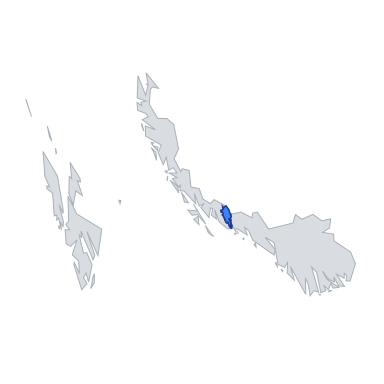 Rana nor, Nordland, Norway (highlighted), rotated 255°
{"feature_id": "86288312B15447104540063", "entity_name": "Rana nor", "entity_type": "district", "adm_level": 2, "iso_a3": "NOR", "parent_name": "Norway", "parent_adm1": "Nordland", "projection": "natural_earth1", "projection_center": [14.014, 66.44], "detail": "fine", "context": "in_parent", "style": "filled", "palette": "blue", "viewbox_px": 384, "rotation_deg": 255, "n_neighbors": 0, "source": "geoboundaries", "source_scale": "gbopen_adm2", "svg_char_len": 6636}
<svg xmlns="http://www.w3.org/2000/svg" viewBox="0 0 384 384"><g transform="rotate(255 192 192)"><path d="M228.8,183.3L214.6,186.4L217.0,188.6L213.5,194.8L197.1,192.3L193.5,199.8L182.4,200.7L176.0,206.7L178.9,211.4L169.8,221.0L160.5,223.3L159.9,234.1L151.5,243.4L155.8,245.0L155.7,249.8L136.4,256.4L135.9,281.3L143.4,286.2L137.2,290.9L139.1,303.0L130.6,309.9L130.1,319.0L121.6,315.5L119.2,307.6L114.6,317.9L108.1,316.5L92.9,329.7L80.5,331.3L65.1,321.7L66.3,317.8L71.3,319.8L74.2,318.0L69.3,316.7L75.0,310.4L61.3,314.9L63.5,309.3L73.2,306.9L68.1,306.3L72.6,301.3L81.8,297.5L72.8,299.7L61.8,309.3L62.7,303.2L67.8,302.7L62.3,298.4L67.8,295.1L62.2,295.8L61.3,290.4L82.4,291.6L88.5,288.1L62.5,288.4L65.1,284.4L61.2,279.2L72.3,280.4L79.8,279.3L63.6,275.4L94.3,267.8L80.3,268.0L89.1,262.9L99.8,266.3L95.2,262.1L99.7,256.3L121.9,258.2L129.2,251.0L114.7,257.5L109.8,254.9L129.7,238.3L140.0,236.7L144.1,233.6L136.2,234.3L145.3,225.6L142.9,223.7L155.4,221.2L146.2,222.0L147.2,216.7L156.1,210.6L169.0,209.5L159.4,208.6L164.5,204.8L170.8,207.7L171.7,205.5L162.9,201.8L174.7,196.5L177.8,200.9L176.6,195.3L189.8,193.9L179.6,192.6L194.9,184.7L196.4,180.8L202.2,182.7L199.8,180.5L210.0,176.6L209.8,181.4L216.1,174.8L214.3,182.4L220.4,180.2L219.0,175.2L232.1,176.2L225.9,171.3L238.6,169.5L245.3,174.4L258.0,161.6L267.9,164.0L261.5,172.8L274.7,162.8L276.1,169.1L279.8,167.8L285.0,160.6L292.7,162.1L288.4,165.7L292.0,165.9L291.7,171.1L297.1,163.4L318.2,169.9L297.5,172.3L306.9,177.4L318.9,178.5L300.8,186.4L303.8,180.8L301.7,178.3L287.7,173.4L271.9,178.0L269.5,186.8L262.0,191.8L237.2,190.2L228.8,183.3ZM174.5,57.1L188.4,59.7L187.1,64.1L193.4,61.8L196.0,65.4L220.1,71.1L200.6,75.0L179.4,95.2L155.0,84.7L181.0,80.3L155.8,81.7L152.2,78.9L183.1,74.6L176.7,73.6L179.6,71.9L161.1,71.3L160.7,74.6L147.5,76.6L131.9,68.8L141.0,68.7L137.4,65.1L130.6,66.8L126.2,60.2L152.4,59.1L154.4,60.1L142.4,62.2L154.7,64.6L162.3,60.1L175.6,68.5L170.9,60.7L174.5,57.1ZM204.5,52.7L226.9,57.1L232.7,52.7L235.4,53.2L233.9,55.7L244.8,53.9L269.7,58.6L242.2,66.2L208.5,63.0L204.5,61.9L214.1,60.3L196.2,60.1L192.0,58.4L197.1,57.2L189.0,56.1L201.3,56.4L199.8,54.2L204.8,55.3L204.5,52.7ZM222.2,72.6L238.9,77.5L236.1,79.3L252.2,81.9L233.9,87.3L230.6,86.8L232.7,84.2L217.0,85.2L223.1,80.0L210.1,73.9L222.2,72.6ZM172.2,192.2L179.9,190.3L157.6,196.9L168.8,191.5L169.5,186.2L175.7,183.3L172.2,192.2ZM184.2,182.1L194.6,181.7L182.4,185.8L184.2,182.1ZM194.4,179.1L209.2,173.9L201.4,179.4L194.4,179.1ZM124.8,69.3L135.8,74.4L138.3,76.6L129.6,74.1L124.8,69.3ZM165.1,186.7L167.0,191.5L158.7,190.3L165.1,186.7ZM245.5,164.0L239.8,167.4L231.7,166.0L241.0,165.3L245.5,164.0ZM246.7,166.5L244.3,170.5L240.8,169.4L246.7,166.5ZM148.2,197.3L156.2,196.2L147.5,199.4L148.2,197.3ZM324.2,55.6L306.4,56.5L324.8,55.4L324.2,55.6ZM282.6,68.6L293.1,69.3L277.3,69.8L282.6,68.6ZM263.2,161.3L269.2,160.5L271.2,161.3L263.2,161.3ZM250.5,165.5L249.4,167.6L247.7,165.8L250.5,165.5ZM219.1,171.3L219.1,173.5L216.8,172.7L219.1,171.3ZM202.9,119.2L202.2,121.1L199.4,119.5L202.9,119.2ZM269.7,71.5L264.9,71.3L264.3,70.6L269.7,71.5ZM125.0,238.3L126.5,240.1L122.1,239.7L125.0,238.3ZM209.0,170.8L212.0,171.6L213.8,172.9L209.0,170.8ZM192.1,53.9L194.2,55.1L191.0,54.6L192.1,53.9ZM101.9,255.0L96.8,255.2L102.1,254.1L101.9,255.0ZM94.5,258.0L92.5,259.6L91.7,258.8L94.5,258.0ZM146.2,199.9L143.4,201.6L146.4,198.7L146.2,199.9ZM61.3,299.2L60.6,301.7L60.4,298.4L61.3,299.2ZM140.8,224.1L139.7,222.6L141.2,222.7L140.8,224.1ZM308.0,175.3L307.6,177.1L307.3,176.8L308.0,175.3ZM142.2,225.5L139.3,225.8L142.8,225.1L142.2,225.5ZM133.7,228.8L134.0,230.2L132.6,229.8L133.7,228.8ZM60.5,288.3L59.2,289.8L59.5,288.5L60.5,288.3Z" fill="#d9dde1" stroke="#a8b0b8" stroke-width="1"/><path d="M147.5,219.9L147.7,220.0L147.4,220.1L147.5,220.2L147.6,220.3L147.6,220.6L147.4,220.6L147.2,220.6L147.1,220.8L146.9,220.9L147.0,221.0L147.4,221.0L148.4,220.8L148.5,220.8L148.7,220.7L148.8,220.7L149.1,220.7L149.3,220.6L149.5,220.5L149.9,220.5L149.4,220.7L149.4,220.8L149.5,220.8L149.8,220.9L150.1,220.9L150.4,220.9L150.5,221.0L150.2,221.0L149.6,221.1L149.1,221.1L148.9,221.1L148.1,221.2L148.0,221.3L148.1,221.6L148.2,221.8L148.6,221.8L148.8,221.9L149.2,221.9L149.7,221.8L149.8,221.7L150.2,221.7L150.4,221.6L150.5,221.5L150.6,221.4L150.7,221.2L150.8,221.3L151.1,221.2L151.2,221.3L151.4,221.3L151.1,221.4L151.0,221.5L150.9,221.5L151.0,221.8L151.5,221.8L151.9,221.7L152.1,221.7L152.3,221.7L152.5,221.5L152.6,221.4L152.5,221.2L152.4,221.2L152.7,221.2L152.7,221.3L152.9,221.2L152.8,221.3L152.9,221.2L153.1,221.3L152.7,221.3L152.8,221.4L152.7,221.4L152.8,221.4L152.7,221.4L152.8,221.5L152.6,221.5L152.4,221.6L152.6,221.7L152.8,221.5L153.0,221.5L153.2,221.4L153.3,221.5L153.8,221.4L153.8,221.5L154.0,221.5L154.1,221.4L154.2,221.2L154.4,221.1L154.6,221.1L155.0,221.0L155.3,221.0L155.7,220.9L155.9,220.8L156.1,220.7L156.3,220.6L156.7,220.7L156.8,220.7L156.7,220.7L156.7,220.8L156.8,220.8L156.7,220.8L156.7,220.7L156.4,220.7L156.5,220.7L156.5,220.8L156.4,220.8L156.3,221.0L156.1,221.0L155.9,221.2L155.5,221.3L155.4,221.4L155.2,221.5L155.0,221.4L154.9,221.5L154.7,221.6L154.8,221.7L154.8,221.8L154.8,221.7L154.8,221.8L154.8,221.7L154.9,221.8L154.7,221.8L154.4,221.9L154.2,222.0L154.1,221.9L153.8,222.0L154.0,222.3L154.4,222.5L154.7,222.5L154.9,222.5L155.3,222.5L155.7,222.4L155.8,222.4L156.1,222.4L156.6,222.4L157.0,222.5L157.4,222.7L157.5,222.8L157.6,223.3L157.8,223.5L158.1,223.5L158.5,223.6L160.3,223.8L160.2,223.3L165.4,223.0L168.1,222.0L169.8,221.3L169.3,219.9L168.7,218.7L169.5,218.2L170.3,217.8L168.4,217.6L168.2,217.6L167.9,217.6L167.7,217.6L167.4,217.6L167.2,217.5L167.1,217.4L167.2,217.1L167.0,216.9L166.9,216.7L166.5,216.4L166.6,216.2L166.5,215.9L166.9,215.6L167.0,215.5L167.0,215.3L166.5,214.9L165.5,214.9L164.8,215.0L164.8,215.4L165.0,215.8L164.9,216.0L164.4,216.2L164.0,216.3L163.8,216.5L163.3,216.4L163.3,216.5L163.2,216.5L162.8,216.5L162.4,216.6L162.6,216.5L162.3,216.1L162.2,216.1L162.1,215.7L162.2,215.3L161.8,215.3L161.7,215.3L161.5,215.5L161.2,215.6L161.2,215.9L160.6,216.0L160.0,216.2L159.8,216.3L159.6,216.3L159.3,216.3L159.1,216.2L158.9,216.2L158.7,216.1L158.5,216.4L158.1,216.6L157.2,216.9L157.2,216.6L156.8,216.4L156.2,216.4L155.9,216.4L155.2,216.8L154.8,216.9L154.5,216.9L154.4,217.0L154.2,217.0L153.8,216.9L152.9,217.7L153.0,217.8L152.8,217.9L152.8,218.0L153.2,218.0L153.3,218.2L153.2,218.4L153.3,218.4L153.2,218.6L153.3,218.7L153.4,218.8L153.2,219.0L152.6,218.8L152.2,218.9L151.9,218.9L151.5,219.0L151.1,219.0L150.9,219.1L150.7,219.1L150.4,219.2L150.2,219.0L149.8,219.0L149.3,219.2L149.2,219.3L148.9,219.3L148.7,219.4L148.6,219.5L148.4,219.6L148.0,219.7L148.0,219.8L147.6,219.8L147.5,219.9Z" fill="#3b82f6" stroke="#1e3a8a" stroke-width="1.5"/></g></svg>